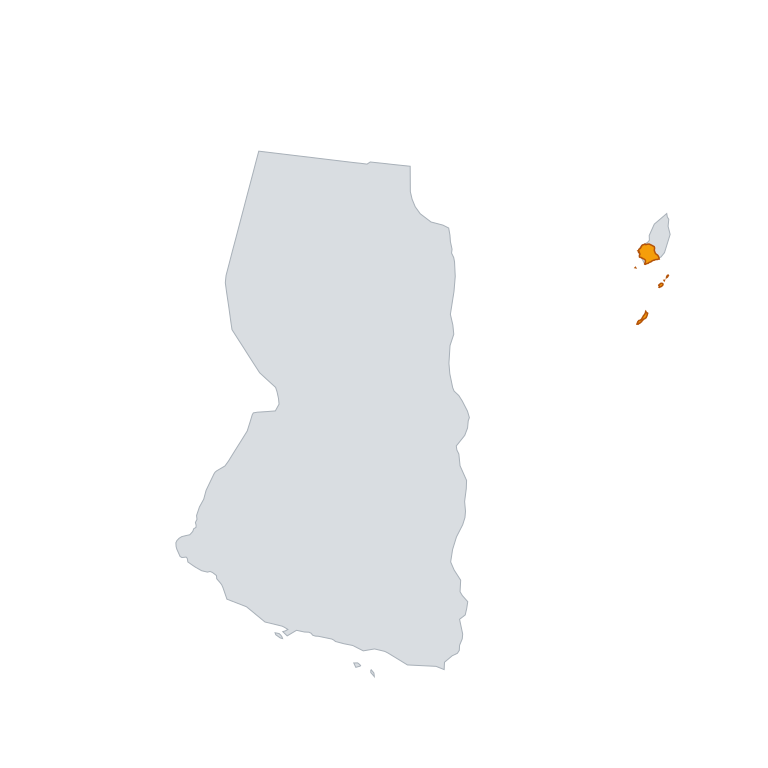 location of Qalansiyah wa Abd Al Kuri, Hadramawt, Yemen, rotated 295°
{"feature_id": "15242507B10596271459975", "entity_name": "Qalansiyah wa Abd Al Kuri", "entity_type": "district", "adm_level": 2, "iso_a3": "YEM", "parent_name": "Yemen", "parent_adm1": "Hadramawt", "projection": "equal_earth", "projection_center": [53.013, 12.411], "detail": "fine", "context": "in_parent", "style": "filled", "palette": "amber", "viewbox_px": 768, "rotation_deg": 295, "n_neighbors": 0, "source": "geoboundaries", "source_scale": "gbopen_adm2", "svg_char_len": 7022}
<svg xmlns="http://www.w3.org/2000/svg" viewBox="0 0 768 768"><g transform="rotate(295 384 384)"><path d="M592.4,315.7L569.4,326.6L563.3,331.4L557.8,337.4L553.6,344.9L550.7,358.1L552.9,370.2L552.7,376.7L546.7,380.9L541.1,384.0L534.9,388.7L531.2,389.9L528.1,393.7L524.5,396.3L511.6,403.1L497.5,408.3L475.2,414.7L466.5,421.5L458.6,426.2L446.7,427.6L430.2,434.1L421.1,439.3L409.7,447.8L407.2,450.5L405.1,456.8L401.6,462.2L394.7,471.1L389.6,475.6L386.2,475.9L379.5,478.3L371.6,478.9L358.4,475.7L355.0,477.9L352.2,481.4L342.0,487.5L331.5,499.6L323.9,502.8L311.6,506.7L303.0,511.7L297.2,513.8L289.7,514.8L276.0,514.3L263.0,516.1L250.9,519.6L245.1,526.1L238.6,536.4L227.9,540.7L225.4,544.3L222.1,551.9L215.2,553.9L209.0,555.2L202.7,551.9L190.6,561.0L186.1,562.6L179.2,562.9L174.4,564.8L170.9,564.3L166.6,560.7L157.4,556.4L150.6,559.2L150.1,550.5L139.3,524.0L141.9,501.0L142.0,497.7L139.9,487.4L133.4,478.0L133.8,466.1L131.7,457.6L130.1,448.9L130.7,446.6L130.8,444.5L127.6,431.0L126.5,428.3L126.2,425.5L127.3,423.3L127.3,420.8L125.6,416.7L123.8,408.8L114.8,402.7L116.8,396.9L118.5,398.9L120.9,400.6L121.4,396.9L121.5,394.1L118.0,376.7L124.0,353.5L122.6,332.6L131.3,324.2L133.5,321.7L134.7,319.4L136.8,314.7L139.6,313.1L140.7,308.1L140.6,305.6L138.9,303.5L137.7,297.6L138.3,290.3L138.8,287.2L139.8,281.5L142.8,279.4L143.5,277.8L141.3,274.2L141.5,272.1L146.7,266.1L148.8,264.3L152.1,262.5L154.6,262.5L157.6,263.5L160.2,265.2L162.7,268.3L165.3,271.7L169.5,273.0L172.3,272.7L174.6,274.2L176.6,273.4L178.8,271.6L182.3,271.7L185.6,269.7L194.6,268.7L203.4,269.3L212.5,267.7L221.6,267.8L230.8,267.9L232.8,268.2L234.8,269.2L242.5,274.5L248.3,275.6L260.1,277.0L272.7,278.6L283.6,279.9L292.8,278.7L300.5,277.6L302.6,277.8L304.9,281.1L309.4,289.3L313.7,296.9L321.4,297.4L326.3,294.5L331.7,290.4L335.1,287.2L339.0,274.7L341.6,266.6L347.3,257.5L352.1,249.9L358.5,239.9L362.0,234.3L369.0,223.3L375.5,219.0L388.2,210.8L400.6,202.6L408.7,197.4L415.6,195.0L427.1,192.9L440.6,190.4L454.1,188.0L468.4,185.4L484.5,182.5L495.4,180.5L509.4,178.0L521.1,175.9L531.4,174.0L542.1,172.1L544.1,178.2L546.1,184.3L548.1,190.4L550.1,196.5L552.1,202.6L554.1,208.7L556.1,214.8L558.1,220.8L560.1,227.0L562.1,233.1L564.1,239.2L566.1,245.3L568.1,251.4L570.1,257.5L572.1,263.6L574.2,269.7L576.1,275.7L579.4,277.7L581.3,283.3L584.1,291.4L586.8,299.5L589.6,307.6L592.4,315.7ZM623.6,563.0L626.4,563.8L630.7,561.6L643.1,561.4L658.0,568.2L655.2,570.1L653.6,572.5L647.0,574.8L640.5,580.1L621.6,582.7L616.0,581.3L611.5,576.1L603.0,569.5L606.3,565.2L607.1,563.3L608.3,561.4L613.1,558.1L617.9,558.7L623.6,563.0ZM119.5,480.5L118.9,481.8L118.1,481.5L115.3,478.2L118.4,474.5L120.1,478.0L119.5,480.5ZM111.8,398.3L110.4,399.7L110.0,397.3L111.0,391.9L112.5,390.4L113.5,394.4L112.8,396.5L111.8,398.3ZM117.8,497.0L114.7,498.9L116.9,494.0L119.0,493.0L119.6,493.2L117.8,497.0Z" fill="#d9dde1" stroke="#a8b0b8" stroke-width="1"/><path d="M621.1,561.4L620.8,561.1L620.5,560.9L620.3,560.7L620.1,560.5L619.8,560.2L619.6,560.0L619.4,559.7L619.1,559.4L618.8,559.3L618.5,559.3L618.2,559.2L617.9,559.2L617.6,559.2L617.3,559.2L616.9,559.1L616.6,559.1L616.3,559.1L616.1,559.1L615.7,559.0L615.4,559.0L615.3,558.9L615.1,558.9L614.9,558.8L614.6,558.6L614.4,558.4L614.1,558.3L613.8,558.2L613.6,558.2L613.3,558.2L613.0,558.2L612.8,558.3L612.7,558.3L612.4,558.5L612.2,558.8L612.0,559.0L612.0,558.6L611.9,558.2L611.7,558.5L611.2,558.9L611.0,559.0L610.8,559.4L610.8,559.7L610.7,560.0L610.5,560.3L610.3,560.6L610.1,560.9L609.8,561.1L609.5,561.1L609.2,561.1L608.6,561.1L608.3,561.2L608.1,561.3L607.8,561.4L607.5,561.6L607.3,561.9L607.0,562.0L607.0,562.4L607.1,562.8L607.2,563.1L607.3,563.5L607.3,564.0L607.2,564.4L607.1,564.8L607.2,565.1L607.2,565.6L607.1,566.0L607.1,566.5L607.1,566.9L607.1,567.3L607.0,567.7L606.9,568.1L606.7,568.3L606.5,568.6L606.3,568.8L605.9,569.0L605.7,569.1L605.4,569.2L605.1,569.2L604.8,569.3L604.5,569.4L604.2,569.4L603.6,569.4L603.3,569.4L602.9,569.5L602.8,569.8L602.8,570.1L603.0,570.4L603.2,570.6L603.6,570.8L604.0,571.0L604.3,571.4L604.5,571.7L604.7,571.9L604.9,572.3L605.2,572.5L605.5,572.6L605.8,572.7L606.1,572.8L606.3,573.1L606.6,573.3L606.8,573.5L607.0,573.8L607.4,574.1L607.6,574.3L607.8,574.5L608.2,574.6L608.7,574.9L609.0,575.1L609.2,575.3L609.5,575.5L610.0,575.9L610.2,576.2L610.4,576.6L610.6,576.8L610.8,576.9L611.2,577.2L611.4,577.4L611.6,577.7L611.8,578.0L612.0,578.3L612.1,578.6L612.3,579.0L612.5,579.3L612.8,579.5L613.0,579.8L613.2,580.0L613.4,580.3L613.5,580.4L613.6,580.6L615.1,579.4L615.9,578.4L616.2,577.9L616.5,577.3L616.6,576.2L617.0,575.0L617.2,574.6L618.1,573.7L618.4,573.3L619.5,572.4L621.6,571.8L622.7,570.8L622.9,567.7L622.9,567.3L622.9,565.2L622.2,563.9L621.4,562.9L620.9,562.3L621.0,561.6L621.1,561.4ZM548.3,588.0L548.0,587.8L547.7,587.7L547.5,587.8L547.2,587.9L546.9,588.0L546.6,587.9L546.4,587.8L546.1,587.8L545.8,587.8L545.6,587.9L545.3,588.0L545.2,588.0L545.3,588.3L545.4,588.6L545.5,589.0L545.8,589.1L546.0,589.3L546.3,589.3L546.6,589.5L546.8,589.7L547.1,590.0L547.3,590.2L547.6,590.3L547.9,590.3L548.2,590.4L548.5,590.6L548.8,590.8L549.0,591.0L549.5,591.2L549.8,591.1L550.0,591.1L550.3,591.2L550.6,591.2L550.9,591.3L551.1,591.5L551.4,591.6L551.7,591.7L551.9,591.8L552.3,591.8L552.6,591.9L552.9,592.1L553.0,592.4L553.2,592.6L553.5,592.8L553.8,592.9L554.1,593.0L554.3,593.2L554.6,593.4L554.9,593.5L555.2,593.5L555.5,593.5L555.8,593.5L556.0,593.5L556.3,593.5L556.6,593.5L556.9,593.5L557.2,593.4L557.5,593.4L557.8,593.4L558.1,593.3L558.3,593.2L558.6,593.2L558.9,593.2L559.2,593.1L559.5,593.1L559.7,592.9L559.7,592.6L559.6,592.3L559.5,591.9L559.6,591.6L559.8,591.3L560.0,591.1L560.3,590.8L560.5,590.5L560.2,590.5L559.7,590.7L559.4,590.8L559.2,590.8L558.9,590.8L558.6,590.8L558.3,590.8L558.0,590.8L557.7,590.8L557.4,590.8L557.2,590.8L556.9,590.8L556.6,590.7L556.3,590.5L556.1,590.4L555.8,590.3L555.5,590.3L555.2,590.3L554.9,590.3L554.7,590.3L554.4,590.3L554.1,590.2L553.9,590.2L553.5,590.1L553.2,590.1L552.8,590.1L552.5,590.1L552.2,590.1L551.9,590.1L551.7,590.0L551.4,589.9L551.1,589.7L550.8,589.6L550.5,589.5L550.2,589.3L550.0,589.2L549.8,588.9L549.6,588.6L549.4,588.3L549.1,588.1L548.8,588.0L548.6,588.0L548.3,588.0ZM592.2,592.3L591.9,592.2L591.7,592.1L591.3,592.0L591.1,591.8L590.8,591.6L590.5,591.6L590.3,591.5L590.0,591.3L589.7,591.2L589.5,591.3L589.3,591.7L589.2,592.0L589.0,592.3L588.8,592.5L588.5,592.4L588.2,592.5L587.9,592.5L588.0,592.9L588.3,593.1L588.6,593.2L588.8,593.3L589.0,593.5L589.3,593.8L589.5,594.0L589.7,594.3L590.0,594.4L590.3,594.4L590.6,594.5L590.9,594.7L591.2,594.8L591.5,594.9L591.8,594.8L592.1,594.8L592.4,594.6L592.7,594.4L592.8,594.0L592.8,593.7L592.7,593.3L592.6,593.0L592.4,592.6L592.2,592.3ZM602.8,595.6L602.6,595.3L602.4,595.1L602.1,594.9L601.8,594.9L601.6,594.9L601.3,594.9L601.0,594.9L600.6,594.9L600.3,594.9L600.1,595.0L599.8,595.1L600.1,595.3L600.3,595.5L600.6,595.6L600.9,595.7L601.2,595.8L601.5,595.8L601.8,595.8L602.2,595.8L602.6,595.9L602.8,595.6ZM596.5,594.3L596.3,594.0L596.1,594.3L596.5,594.3ZM595.9,562.6L595.6,562.5L595.7,562.9L595.9,562.6Z" fill="#f59e0b" stroke="#b45309" stroke-width="1.5"/></g></svg>